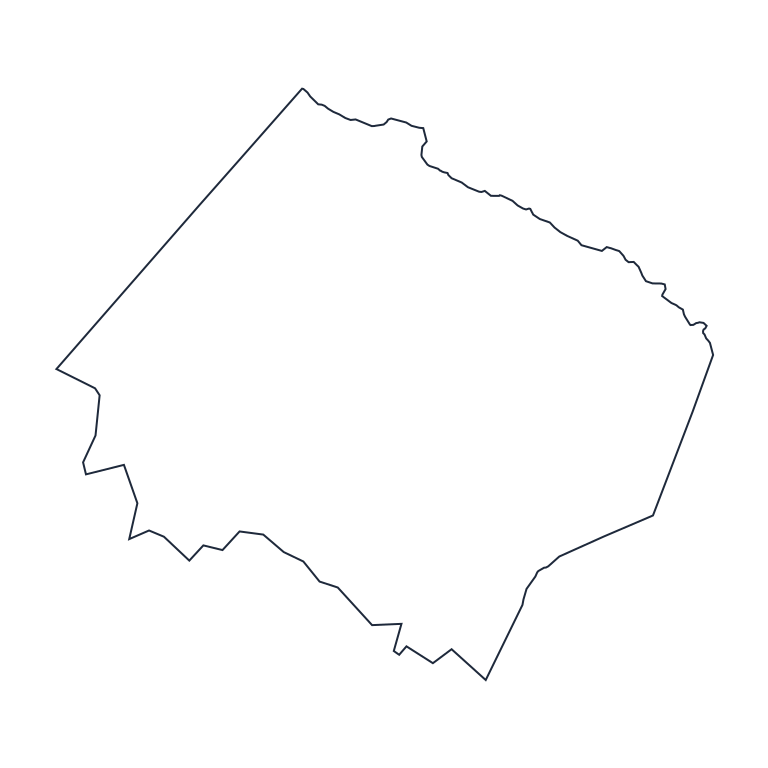 outline of Pendleton, West Virginia, United States of America, rotated 272°
{"feature_id": "52423323B58976878899916", "entity_name": "Pendleton", "entity_type": "district", "adm_level": 2, "iso_a3": "USA", "parent_name": "United States of America", "parent_adm1": "West Virginia", "projection": "robinson", "projection_center": [-79.275, 38.685], "detail": "fine", "context": "isolated", "style": "outline", "palette": "slate", "viewbox_px": 768, "rotation_deg": 272, "n_neighbors": 0, "source": "geoboundaries", "source_scale": "gbopen_adm2", "svg_char_len": 2043}
<svg xmlns="http://www.w3.org/2000/svg" viewBox="0 0 768 768"><g transform="rotate(272 384 384)"><path d="M91.7,496.0L168.1,530.1L173.5,530.9L184.2,533.6L196.9,542.0L201.1,543.7L201.9,544.3L202.5,544.8L206.0,550.4L206.2,552.2L207.5,554.5L217.7,565.2L239.1,608.7L262.0,657.4L367.1,693.4L424.5,711.9L436.5,708.3L438.8,706.4L440.8,704.4L444.7,702.6L446.0,701.2L448.0,701.0L449.6,701.5L450.8,703.1L453.4,704.4L456.2,701.2L456.7,697.1L456.1,695.6L455.8,693.9L453.9,691.1L453.7,688.9L453.6,688.2L454.2,687.6L461.8,682.5L464.2,681.3L468.8,680.1L470.9,676.0L472.8,673.6L473.3,672.6L475.0,668.4L481.6,658.9L483.0,659.1L488.7,662.1L493.3,661.1L494.1,657.6L493.9,648.9L495.9,642.2L501.4,638.4L504.2,637.2L510.1,634.3L511.4,632.8L514.7,629.3L514.3,624.2L516.6,621.1L520.4,618.9L525.0,614.5L525.5,612.9L525.9,611.3L527.7,605.8L527.7,605.5L528.6,601.8L524.6,597.1L529.6,576.5L534.0,572.6L538.4,561.9L541.9,555.0L546.3,549.0L551.2,544.1L554.3,534.0L558.5,527.2L560.2,526.3L560.6,526.0L564.1,524.1L564.4,522.8L563.4,519.9L564.2,516.9L567.0,511.5L567.7,510.6L571.5,506.1L576.3,495.0L576.7,493.1L576.0,492.4L575.8,484.3L580.5,478.0L579.3,474.7L579.5,472.3L583.6,461.0L587.8,455.0L588.0,454.8L592.0,444.4L595.0,441.1L597.1,440.1L597.6,436.9L598.2,434.8L599.1,433.3L599.1,432.8L601.0,430.5L603.5,421.8L604.8,419.7L612.2,413.9L614.2,413.4L622.7,414.0L627.9,418.2L641.1,414.3L641.3,410.3L643.0,402.5L646.1,397.1L649.6,381.8L648.4,379.0L645.9,377.5L643.3,374.6L641.8,366.6L641.5,365.4L641.3,362.8L647.4,346.4L646.7,341.4L648.5,336.0L651.9,329.9L654.2,323.9L657.2,318.5L659.9,315.0L661.0,312.0L661.2,308.5L668.8,300.2L672.6,297.4L676.0,293.2L676.3,291.8L600.2,229.4L557.2,194.0L387.5,56.1L369.6,95.4L362.8,100.2L322.5,97.5L295.2,86.0L283.3,89.3L294.1,126.9L256.2,141.7L220.1,134.8L229.4,154.3L223.7,169.4L200.7,195.6L216.4,209.1L212.4,228.4L231.6,244.8L229.3,268.6L212.5,289.7L203.8,309.6L184.3,326.5L179.0,344.9L142.6,380.5L144.9,409.8L117.5,403.1L113.9,408.6L122.6,415.6L106.7,442.6L121.3,460.8L91.7,496.0Z" fill="none" stroke="#1e293b" stroke-width="2"/></g></svg>